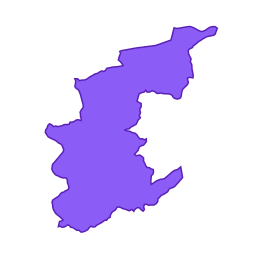 outline of Nova Iguaçu, Rio de Janeiro, Brazil, rotated 184°
{"feature_id": "56859067B7760625819134", "entity_name": "Nova Iguaçu", "entity_type": "district", "adm_level": 2, "iso_a3": "BRA", "parent_name": "Brazil", "parent_adm1": "Rio de Janeiro", "projection": "natural_earth1", "projection_center": [-43.514, -22.696], "detail": "fine", "context": "isolated", "style": "filled", "palette": "violet", "viewbox_px": 256, "rotation_deg": 184, "n_neighbors": 0, "source": "geoboundaries", "source_scale": "gbopen_adm2", "svg_char_len": 4293}
<svg xmlns="http://www.w3.org/2000/svg" viewBox="0 0 256 256"><g transform="rotate(184 128 128)"><path d="M210.1,120.1L210.1,117.6L208.6,115.7L207.1,113.7L204.5,112.4L201.8,111.4L199.4,110.5L198.0,109.6L196.2,108.2L193.9,107.3L192.6,106.1L191.6,104.0L190.7,102.1L190.9,99.9L192.0,98.3L193.1,96.9L194.3,95.2L195.7,93.2L197.2,91.2L198.7,89.1L200.7,86.5L200.9,84.5L201.1,81.8L200.1,79.6L198.4,77.6L197.0,76.2L195.4,75.6L193.8,75.1L192.1,74.3L189.7,73.7L187.6,73.9L185.8,73.5L184.7,71.2L184.7,69.1L183.6,67.2L182.8,64.5L183.3,62.7L184.9,61.5L186.6,60.6L187.7,59.5L189.6,59.0L191.1,57.2L192.4,55.1L194.5,53.6L196.6,52.0L198.2,50.7L198.6,48.3L197.8,46.2L197.6,44.1L196.7,41.4L195.0,38.9L193.9,37.5L192.3,36.3L190.5,35.2L188.3,33.4L186.4,31.8L187.6,30.7L189.8,30.0L190.6,24.7L188.8,25.3L187.4,24.5L185.3,24.6L183.3,25.6L181.3,27.2L179.6,26.6L178.3,25.0L175.8,24.7L173.8,23.5L172.2,22.5L169.7,22.5L167.4,20.8L164.3,21.7L162.4,22.8L161.0,23.8L160.0,25.6L158.2,27.4L156.2,26.8L154.1,27.1L152.2,29.0L150.5,30.1L148.0,31.6L146.5,32.9L144.7,34.4L142.9,34.5L141.5,36.7L139.6,37.6L139.4,40.2L137.8,43.2L136.2,44.4L134.7,45.5L133.4,48.2L131.6,48.6L129.4,48.1L127.4,47.1L125.3,46.9L123.3,46.2L120.8,45.5L118.4,47.0L116.4,45.3L115.7,46.9L114.3,48.4L112.8,49.3L110.9,49.1L109.1,47.3L107.1,46.1L106.0,47.7L106.8,50.3L106.4,52.9L104.4,53.2L102.2,52.4L100.6,52.6L98.7,52.9L96.8,52.9L94.7,54.4L93.2,56.6L93.2,59.3L91.4,61.4L90.1,63.2L88.2,64.1L86.2,65.5L84.0,67.2L82.8,69.9L80.7,71.2L78.7,71.9L77.2,73.1L75.7,75.0L73.8,77.3L72.3,79.5L71.1,80.9L70.1,82.5L72.7,92.9L75.6,90.1L77.6,89.4L79.5,88.4L81.1,87.0L83.1,85.0L84.9,83.1L86.2,82.0L88.0,80.1L89.9,79.4L91.8,79.2L93.3,78.5L94.7,77.9L96.7,76.6L98.7,74.9L100.9,73.4L101.5,75.9L101.5,79.4L101.4,82.0L99.8,83.9L99.5,86.3L99.9,88.4L101.7,88.6L103.9,89.9L106.4,90.0L107.8,91.9L110.2,96.4L110.4,99.2L112.6,100.9L114.5,101.9L116.6,101.2L118.4,101.1L119.7,102.2L118.0,104.3L116.4,106.3L115.5,109.7L114.3,110.7L112.8,111.5L111.3,112.0L109.8,114.0L108.7,115.9L109.0,118.4L110.9,117.4L112.9,118.3L115.3,117.9L117.3,120.0L118.4,121.6L120.3,123.2L122.5,123.5L124.3,124.1L126.1,124.9L128.8,125.0L130.9,125.7L129.0,126.9L126.9,127.2L125.0,129.2L122.4,130.8L120.0,132.5L119.4,134.2L118.5,136.6L116.4,139.1L117.6,141.1L116.6,144.2L117.2,146.0L117.6,147.8L116.5,149.5L116.4,151.5L116.6,153.3L120.9,155.3L120.5,157.0L120.1,159.0L119.8,161.1L119.0,163.1L116.4,164.4L114.1,165.2L112.9,167.0L111.6,165.2L108.9,165.4L106.6,166.8L103.9,166.2L101.6,164.5L99.7,164.7L97.7,165.2L95.5,164.7L93.2,164.8L91.3,164.8L89.0,164.8L86.5,163.9L84.8,161.5L83.2,160.7L81.1,160.3L79.1,160.8L77.6,161.9L77.1,164.0L77.0,166.0L76.8,168.1L76.4,169.9L74.9,171.9L73.5,173.5L72.0,175.0L70.9,177.4L71.7,179.9L72.3,181.8L69.9,182.9L66.7,182.5L66.6,185.0L67.5,188.5L68.4,191.9L68.5,193.9L69.0,196.1L70.4,198.2L69.9,201.4L71.6,204.1L72.6,206.2L73.2,208.4L73.0,210.3L71.4,211.6L69.5,212.6L68.4,214.7L66.1,216.6L64.8,217.9L63.4,219.3L61.5,220.5L59.9,221.9L57.9,223.2L56.2,224.4L53.7,225.2L51.5,225.8L48.9,226.5L47.6,227.7L46.8,230.6L45.9,233.8L48.2,235.2L50.3,235.1L52.0,234.7L53.8,234.0L55.3,232.8L57.1,231.3L59.2,230.0L61.5,229.3L63.5,229.9L65.2,230.6L66.7,231.3L68.4,232.1L71.0,233.1L73.5,233.6L75.6,233.2L77.4,232.8L79.8,232.2L82.1,231.6L83.8,231.2L85.5,230.8L87.5,230.8L89.0,231.2L89.6,228.1L89.9,226.1L91.3,218.7L102.5,213.8L104.2,213.1L106.7,212.1L117.0,210.1L119.0,209.6L122.0,209.1L126.6,208.1L139.5,204.8L141.6,203.8L140.5,201.9L141.4,199.9L142.0,197.4L142.4,195.2L140.2,193.6L138.4,191.6L137.3,190.0L138.8,189.3L140.5,189.0L142.4,188.5L144.3,188.2L145.8,187.9L147.9,187.7L150.1,186.9L151.9,186.5L153.4,186.0L154.5,183.8L156.3,182.8L158.2,183.1L160.3,181.9L162.2,180.4L163.9,179.9L165.6,179.1L167.1,177.8L169.1,176.7L171.0,175.2L172.6,173.8L174.9,172.8L177.4,172.6L179.8,171.9L181.6,173.6L184.5,173.4L183.5,171.7L183.5,169.0L183.9,165.7L182.6,164.0L180.5,162.9L179.3,161.3L178.1,158.7L177.2,156.5L176.5,154.2L175.6,151.6L174.4,148.2L174.1,145.3L175.6,143.2L176.9,140.5L176.3,138.0L176.1,135.8L175.3,134.3L175.3,132.2L178.4,132.8L180.5,132.2L182.3,130.6L184.5,129.9L186.1,129.9L187.0,127.6L189.2,127.2L191.0,127.1L192.6,126.6L194.3,125.4L196.2,125.1L198.2,124.4L200.1,125.0L202.3,124.2L204.6,126.0L206.7,126.7L208.2,124.8L208.7,122.4L210.1,120.1Z" fill="#8b5cf6" stroke="#5b21b6" stroke-width="1.5"/></g></svg>